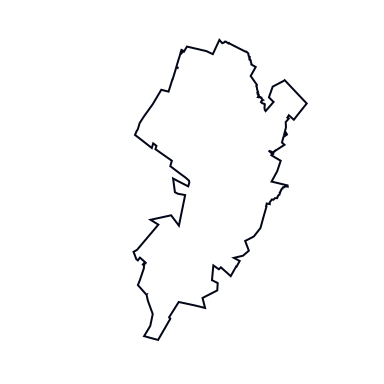 Villa de Guadalupe, San Luis Potosí, Mexico (Natural Earth projection), rotated 210°
{"feature_id": "50627088B59646352587230", "entity_name": "Villa de Guadalupe", "entity_type": "district", "adm_level": 2, "iso_a3": "MEX", "parent_name": "Mexico", "parent_adm1": "San Luis Potosí", "projection": "natural_earth1", "projection_center": [-100.683, 23.271], "detail": "fine", "context": "isolated", "style": "outline", "palette": "ink", "viewbox_px": 384, "rotation_deg": 210, "n_neighbors": 0, "source": "geoboundaries", "source_scale": "gbopen_adm2", "svg_char_len": 5057}
<svg xmlns="http://www.w3.org/2000/svg" viewBox="0 0 384 384"><g transform="rotate(210 192 192)"><path d="M270.4,217.0L269.9,212.9L265.9,212.4L248.8,210.0L249.9,214.7L249.2,214.6L248.0,214.5L246.8,214.3L245.9,214.2L245.1,210.8L225.1,209.0L223.7,203.5L221.9,203.3L219.7,203.0L210.9,201.9L207.2,201.5L205.1,201.3L204.7,201.2L203.5,201.0L200.2,200.3L199.0,198.7L198.1,195.0L205.9,194.6L209.9,194.4L213.3,194.3L214.9,194.2L215.1,194.2L206.7,183.3L203.5,183.4L196.4,185.9L187.2,158.4L186.5,156.3L198.4,161.4L214.0,147.2L210.7,147.1L204.8,146.9L205.2,144.7L210.7,114.3L212.2,111.8L212.7,110.9L211.0,109.6L206.7,106.0L204.7,105.7L204.7,106.0L204.4,108.3L204.3,109.1L203.5,109.0L203.0,108.9L201.3,108.5L200.3,108.4L199.6,108.2L199.3,108.1L198.6,108.0L198.1,107.9L197.7,107.8L197.3,107.7L196.7,107.6L196.6,106.9L197.0,106.6L197.2,105.9L198.1,105.9L198.3,104.6L197.6,104.5L196.7,104.3L196.1,102.9L195.5,101.8L193.6,92.2L193.1,89.8L192.3,84.3L180.8,80.5L180.7,80.5L180.2,80.4L180.1,80.5L180.1,80.4L179.8,80.2L179.7,80.1L179.7,79.9L179.5,79.7L179.1,79.3L178.4,78.6L177.8,78.0L177.7,77.7L175.4,75.4L165.0,66.7L161.2,55.2L161.4,43.2L147.4,46.9L147.4,51.5L147.4,71.4L149.2,72.0L148.9,79.0L148.9,79.3L148.5,90.1L133.4,95.0L122.7,98.1L129.9,105.5L120.9,119.4L124.2,126.0L130.6,125.6L136.8,139.1L130.1,138.5L129.3,141.2L116.4,138.5L116.5,149.6L116.1,149.6L116.2,156.1L122.8,155.9L116.0,162.3L113.4,169.6L121.5,176.2L116.2,184.4L114.7,195.0L117.5,205.7L120.2,216.5L120.8,216.7L120.8,217.3L121.2,218.2L121.2,218.7L121.5,219.4L118.6,220.4L119.5,221.8L119.1,225.5L117.7,225.9L117.1,228.1L115.3,229.2L115.5,229.8L115.3,230.4L115.5,230.7L115.6,231.1L115.5,231.7L115.6,232.2L115.3,232.8L115.0,233.1L114.9,233.4L115.1,234.0L115.3,235.1L115.7,235.4L115.5,235.8L115.5,236.5L115.8,237.0L115.6,237.8L115.9,238.7L115.9,239.4L115.5,240.2L115.3,240.3L115.6,241.0L115.4,241.5L115.4,241.9L114.7,242.2L114.4,242.4L114.2,243.2L114.1,243.5L113.4,243.9L113.0,243.9L112.4,244.3L111.8,244.5L112.5,245.5L128.3,240.8L128.6,252.6L130.8,263.4L141.0,263.5L141.6,263.6L141.5,263.8L141.4,264.0L141.4,264.3L141.5,264.4L141.4,264.6L141.2,265.1L145.4,266.0L145.3,266.3L144.2,266.6L142.3,266.2L142.2,266.6L141.0,266.3L141.1,266.5L141.1,266.9L141.7,267.0L140.9,268.3L140.7,268.6L140.7,268.8L140.6,269.0L140.8,269.2L140.7,269.4L140.6,269.5L140.4,269.8L140.2,270.0L140.2,270.3L140.1,270.5L139.9,270.6L139.5,271.3L135.5,279.1L138.3,279.7L138.8,279.8L140.3,285.2L138.5,289.3L140.1,290.3L141.1,288.4L142.9,294.9L145.8,299.4L144.9,304.0L146.6,304.1L146.5,306.9L139.9,305.5L139.2,310.9L136.9,326.0L167.7,335.2L167.9,334.5L174.8,323.6L172.7,312.4L166.9,310.9L166.4,310.8L168.7,298.9L169.3,299.2L169.5,299.3L170.0,299.5L170.3,300.0L170.6,300.2L170.7,300.3L170.8,300.4L170.9,300.6L171.2,301.1L171.4,301.4L171.6,301.6L171.7,301.8L171.9,302.4L172.0,302.8L172.2,303.2L172.4,303.5L172.6,303.9L172.8,304.3L173.2,304.1L173.5,304.3L173.7,304.5L175.6,304.0L177.2,304.3L177.2,304.5L177.2,304.8L177.3,305.0L177.2,305.1L177.1,305.3L177.1,305.5L177.1,305.8L177.2,306.0L177.1,306.3L177.0,306.5L176.9,306.6L176.7,306.8L176.5,307.1L176.9,307.1L177.0,307.2L177.3,307.3L177.5,307.3L178.1,307.7L178.5,308.0L178.9,308.0L179.1,308.3L179.5,308.1L179.8,308.3L180.1,308.4L180.4,308.4L180.6,308.3L180.7,308.0L181.1,308.1L181.2,307.7L181.3,307.6L181.5,307.4L181.8,307.4L182.1,307.3L182.0,307.6L182.0,307.8L182.6,308.1L182.7,308.4L182.5,308.5L182.8,308.9L182.7,309.1L183.0,309.2L183.1,309.3L183.1,309.7L183.3,309.7L183.7,309.4L184.0,309.5L184.1,309.8L184.2,310.1L184.3,310.2L184.3,310.4L184.5,310.3L184.8,310.5L185.0,310.6L184.9,310.9L185.1,311.8L185.4,311.8L185.6,312.2L187.4,313.9L187.7,314.6L189.2,315.8L189.3,316.0L189.1,316.2L189.4,316.8L189.3,317.2L199.2,321.8L199.3,332.1L204.3,332.1L204.4,332.5L205.1,333.3L205.7,333.6L207.0,335.4L208.3,335.4L208.3,335.9L208.5,335.9L208.7,336.0L208.8,336.2L208.9,336.3L209.0,336.4L209.1,336.5L209.4,336.6L209.5,336.7L209.4,336.9L209.3,337.0L209.5,337.2L209.5,337.3L209.5,337.6L209.8,337.7L209.9,337.8L209.9,338.0L210.5,338.0L210.9,338.1L211.2,338.4L211.3,338.6L211.6,339.0L211.9,339.2L212.2,339.8L212.4,340.0L213.0,340.3L214.7,340.6L215.0,340.8L215.5,340.7L215.7,340.3L234.1,339.3L234.3,339.1L234.6,339.5L235.2,339.0L235.5,339.2L236.0,339.0L236.3,338.9L236.8,338.9L237.1,338.9L237.2,339.0L237.3,339.1L238.1,339.1L238.3,338.9L238.8,338.6L239.0,337.4L240.2,336.0L244.3,337.4L242.9,321.8L245.1,321.6L250.1,321.2L253.0,320.3L255.2,319.6L257.4,319.0L259.6,318.3L262.5,317.4L264.6,316.8L266.8,316.1L269.1,315.4L269.1,311.7L269.2,308.5L269.1,308.4L269.6,308.8L270.1,309.1L270.4,308.9L270.7,309.0L270.8,309.1L271.0,309.9L272.2,309.8L271.6,307.3L271.4,307.4L271.4,307.6L270.7,308.3L270.2,308.1L270.2,307.8L270.6,307.6L270.8,307.6L270.7,307.3L270.7,307.2L270.6,306.6L271.4,306.6L270.6,303.4L269.7,299.2L268.8,295.4L268.0,292.2L266.6,292.6L266.5,292.2L267.9,291.8L267.3,289.4L266.5,286.0L265.9,283.3L265.1,279.8L265.3,279.7L263.6,272.2L262.5,267.2L264.0,266.8L265.9,266.2L267.8,265.7L269.7,265.2L269.9,248.5L271.4,233.3L271.8,225.6L270.3,219.3L270.4,217.0Z" fill="none" stroke="#020617" stroke-width="2"/></g></svg>